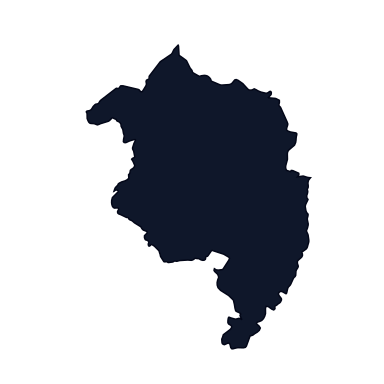 outline of Amhara, rotated 21°
{"feature_id": "ETH-3109", "entity_name": "Amhara", "entity_type": "Administrative State", "adm_level": 1, "iso_a3": "ETH", "parent_name": "Ethiopia", "parent_adm1": "", "projection": "albers", "projection_center": [38.049, 11.266], "detail": "fine", "context": "isolated", "style": "filled", "palette": "ink", "viewbox_px": 384, "rotation_deg": 21, "n_neighbors": 0, "source": "natural_earth", "source_scale": "10m", "svg_char_len": 6037}
<svg xmlns="http://www.w3.org/2000/svg" viewBox="0 0 384 384"><g transform="rotate(21 192 192)"><path d="M108.6,116.7L109.4,116.3L109.8,115.3L110.9,109.5L110.9,108.2L110.7,107.4L109.5,105.3L109.4,104.1L110.0,103.2L110.8,102.5L111.3,101.7L111.3,101.3L110.7,100.0L110.6,99.0L115.7,81.7L123.4,70.7L123.8,69.2L124.0,66.2L124.2,65.2L126.4,59.9L127.1,60.5L130.7,68.5L131.4,69.3L132.2,69.3L138.9,71.1L139.9,71.5L145.6,76.8L148.4,78.5L149.6,80.0L150.6,80.4L156.6,81.3L157.6,81.3L158.3,80.8L158.9,80.2L161.7,78.7L163.2,78.3L164.8,78.2L166.1,78.5L167.6,79.1L169.0,80.0L170.2,81.5L171.0,81.6L179.8,81.9L181.3,81.6L188.4,78.3L189.2,77.6L190.0,76.8L190.5,75.8L191.7,72.1L192.9,71.2L194.9,71.2L200.6,72.6L207.4,76.0L209.1,76.3L210.8,75.6L211.8,74.9L213.1,73.4L215.0,73.5L217.5,73.9L220.5,74.0L225.6,73.3L226.6,72.8L227.4,72.0L228.4,70.4L229.3,69.9L229.8,70.1L230.4,70.7L230.7,71.6L230.9,72.7L229.4,76.4L229.7,76.6L234.0,75.4L236.0,74.8L237.0,74.7L240.7,75.1L241.5,77.0L241.8,79.3L242.2,80.2L244.3,81.2L255.8,92.6L257.1,94.2L257.4,95.9L257.4,96.9L257.5,98.1L257.7,99.3L258.1,100.1L258.8,100.5L259.7,100.7L262.3,100.7L267.9,99.6L268.9,100.0L269.3,101.0L269.5,102.7L269.9,104.4L270.5,106.3L271.0,108.6L270.9,111.5L267.2,118.4L266.9,120.2L267.3,122.1L269.4,127.3L270.0,133.1L270.2,134.3L270.7,135.7L271.5,137.0L272.4,137.8L272.8,137.9L276.6,137.7L276.9,136.3L278.4,135.9L284.9,136.2L285.4,137.0L285.5,138.1L285.4,139.2L285.1,140.0L289.8,137.4L290.4,137.2L294.1,137.0L295.8,136.7L297.5,136.2L296.7,138.7L296.6,139.3L296.7,140.5L297.0,142.1L298.4,144.8L298.8,146.2L298.7,147.6L298.7,148.3L299.7,149.7L300.0,150.4L300.3,152.0L300.4,154.2L300.7,155.0L301.3,156.1L301.7,156.6L302.9,157.3L303.0,157.5L302.6,162.6L302.7,164.1L303.0,165.1L304.9,168.4L305.8,169.5L306.9,170.4L308.3,171.1L308.8,172.6L309.1,175.3L309.6,176.5L311.9,180.1L312.3,181.3L312.7,184.2L312.7,187.3L314.3,189.0L315.3,189.9L316.0,190.9L318.1,194.7L318.7,196.1L319.0,197.5L319.2,200.0L319.4,201.8L319.4,202.8L319.2,203.7L318.9,204.5L316.0,208.9L317.3,210.3L317.9,211.8L317.8,213.2L317.2,214.6L315.8,217.2L315.3,218.4L315.4,219.5L316.0,220.9L317.6,222.9L317.9,223.6L317.9,224.7L317.4,227.3L317.4,228.6L318.7,232.7L318.5,234.1L317.9,235.2L317.6,236.3L317.2,242.9L317.0,243.9L316.0,246.3L315.9,247.8L316.5,251.9L316.5,253.0L316.1,253.3L313.0,252.8L311.7,252.7L310.5,253.0L309.7,253.7L309.1,255.0L309.2,256.1L309.9,257.1L311.0,257.9L312.6,258.8L313.7,259.6L314.2,260.7L314.1,262.7L313.7,263.9L312.3,265.9L311.8,267.0L310.4,268.8L310.4,269.5L311.1,270.7L311.3,271.3L310.6,272.8L308.6,272.8L304.2,271.6L302.1,272.2L302.3,274.3L304.2,279.2L304.4,281.9L304.1,284.6L303.1,287.0L301.2,288.9L300.1,289.7L299.4,290.5L299.2,291.3L300.0,292.2L301.9,292.8L302.6,293.1L304.5,294.5L304.4,297.0L303.1,299.5L301.3,301.8L300.1,303.8L297.8,305.7L298.0,316.4L297.5,317.9L295.9,319.0L290.6,320.9L288.8,322.0L286.3,323.8L285.2,324.1L283.9,323.3L282.0,320.5L280.4,319.9L279.7,320.2L277.0,322.9L275.9,323.0L274.9,322.8L274.3,322.3L273.9,321.7L272.6,318.9L272.5,318.0L272.6,317.0L272.4,314.0L276.9,306.7L277.5,305.0L277.3,303.4L276.3,302.6L273.5,302.1L272.4,301.2L271.7,299.4L271.2,297.5L271.1,296.0L271.4,295.6L273.5,295.6L277.9,295.2L278.6,294.9L281.1,293.1L282.5,292.8L284.4,293.4L281.3,290.3L281.0,289.8L281.2,288.5L280.1,287.9L278.5,287.6L277.3,287.7L275.4,287.3L273.8,285.1L271.9,281.8L269.4,278.1L263.3,275.5L253.9,273.6L250.6,272.0L248.9,269.9L247.9,267.5L247.5,264.9L247.5,262.3L247.4,261.9L246.4,260.6L245.3,259.6L244.9,259.4L241.6,258.1L240.6,257.2L240.4,255.6L242.5,256.0L244.5,255.5L247.9,253.7L248.6,252.9L250.8,242.4L250.8,240.4L249.9,239.7L243.9,238.7L231.8,239.3L231.3,239.7L231.1,240.2L229.7,245.9L229.4,246.5L228.9,246.9L228.4,247.1L228.2,247.4L228.2,248.1L228.6,249.7L228.5,250.3L227.8,251.3L226.6,251.9L225.3,252.1L224.1,252.1L222.7,251.8L222.2,251.8L220.3,252.4L218.8,252.7L218.2,253.2L217.8,254.3L216.5,255.6L216.0,255.9L215.6,256.1L212.5,257.0L205.1,260.4L202.7,262.1L202.2,262.3L200.8,262.5L200.4,262.7L199.2,264.2L195.5,266.2L195.0,266.4L193.8,266.1L193.0,266.3L191.5,267.0L190.7,267.1L185.8,263.5L185.1,262.5L184.8,261.9L183.6,260.5L182.5,259.0L181.8,258.5L176.9,256.3L175.1,255.7L173.3,255.5L172.6,255.8L172.1,257.2L171.6,257.8L171.0,257.9L170.6,257.6L170.0,256.7L169.8,256.1L169.7,254.3L169.3,253.8L168.5,253.4L167.6,253.2L166.9,253.2L166.0,253.3L165.7,253.3L165.2,253.0L164.0,251.7L163.3,249.9L163.9,248.3L164.7,246.8L164.5,245.4L163.7,245.0L160.2,245.0L159.2,244.6L158.3,244.1L156.7,242.8L149.3,241.4L147.2,240.6L146.1,240.3L143.7,240.2L143.2,240.0L142.7,239.8L141.8,238.9L141.3,238.8L140.1,239.2L139.6,239.2L133.7,238.7L131.3,238.7L130.3,238.3L129.6,237.3L129.5,236.3L129.7,235.4L129.7,234.5L129.1,233.7L128.5,233.5L128.0,233.6L125.4,234.8L124.2,234.7L122.9,233.9L121.8,232.6L120.8,230.9L120.0,228.6L119.7,225.7L123.1,218.0L122.4,217.1L121.2,217.1L120.2,217.5L119.5,218.2L119.0,219.2L118.9,219.3L118.8,216.9L118.9,215.3L120.2,212.3L120.3,210.8L121.0,209.7L122.7,207.8L125.4,205.7L126.8,204.2L128.1,201.9L126.6,198.6L127.2,197.0L127.1,195.9L126.7,193.9L127.2,192.7L128.2,191.4L129.0,189.9L129.1,187.8L126.0,184.6L125.2,184.0L123.9,183.0L124.4,181.9L125.4,180.9L126.0,180.0L125.9,179.6L123.0,174.9L121.2,173.2L120.7,172.2L120.4,167.5L120.7,164.0L120.4,163.4L119.2,163.8L117.2,165.3L115.1,167.0L112.9,169.3L112.0,169.9L110.9,170.1L109.9,169.6L109.2,167.2L108.8,164.5L108.3,163.3L107.0,161.8L105.0,158.4L102.9,156.6L102.2,155.9L101.6,154.5L101.1,153.9L99.9,153.1L99.6,152.9L98.8,152.7L97.4,152.6L96.1,152.4L95.4,151.4L94.9,151.4L93.3,151.4L91.2,151.1L90.9,151.4L89.4,154.8L88.6,155.9L82.1,161.0L80.8,162.3L79.7,163.2L78.6,163.3L77.2,163.2L75.7,163.4L72.9,164.3L71.7,164.3L70.5,163.7L69.3,162.6L67.8,161.0L65.9,156.3L64.6,155.1L64.7,154.4L65.2,153.9L67.1,152.8L68.1,151.7L68.6,150.4L69.1,147.6L70.1,145.3L70.5,144.7L71.0,144.3L72.1,143.7L72.6,143.2L73.1,142.5L73.4,140.4L74.0,138.9L83.8,122.8L84.2,122.3L84.7,122.1L85.7,122.0L86.1,121.9L86.6,121.3L87.3,118.6L87.5,118.4L89.5,117.6L105.0,115.5L106.1,115.6L107.2,116.3L108.6,116.7Z" fill="#0f172a" stroke="#020617" stroke-width="1.5"/></g></svg>